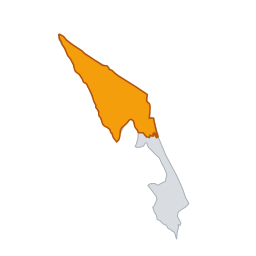 Israel, with HaDarom highlighted, rotated 140°
{"feature_id": "ISR-3053", "entity_name": "HaDarom", "entity_type": "District", "adm_level": 1, "iso_a3": "ISR", "parent_name": "Israel", "parent_adm1": "", "projection": "equal_earth", "projection_center": [34.85, 30.684], "detail": "fine", "context": "in_parent", "style": "filled", "palette": "amber", "viewbox_px": 256, "rotation_deg": 140, "n_neighbors": 0, "source": "natural_earth", "source_scale": "10m", "svg_char_len": 4183}
<svg xmlns="http://www.w3.org/2000/svg" viewBox="0 0 256 256"><g transform="rotate(140 128 128)"><path d="M162.2,11.5L161.1,14.6L160.1,16.2L159.7,18.8L160.4,20.8L160.8,23.6L161.6,24.4L161.9,26.2L161.2,28.0L161.5,29.5L162.4,30.8L163.1,36.4L164.4,39.1L162.3,43.1L162.0,46.4L160.0,51.4L157.6,51.7L152.2,54.5L151.5,55.3L150.5,56.9L150.3,58.1L149.6,71.3L146.6,71.0L143.0,68.1L142.3,65.6L141.2,64.7L138.6,64.4L133.7,63.1L128.1,67.5L125.7,74.7L125.2,78.1L123.2,85.1L123.9,89.5L124.3,95.1L124.8,99.7L124.2,102.5L123.2,104.0L123.5,105.0L124.5,105.4L127.6,104.2L130.9,105.4L134.0,107.8L134.3,109.4L132.0,110.3L126.8,113.9L123.0,118.1L122.1,122.0L119.6,130.3L119.9,132.0L121.1,133.0L129.7,132.1L137.5,128.7L143.4,125.2L145.2,125.4L144.0,134.5L143.1,140.1L143.5,141.1L144.8,145.9L142.3,154.8L139.5,162.1L138.5,165.5L135.8,173.2L133.0,182.1L131.5,188.2L131.9,190.4L131.2,201.6L131.6,204.8L128.3,214.6L127.7,219.5L126.3,226.0L124.1,239.9L121.0,244.5L119.4,239.4L115.9,224.5L113.4,214.4L110.0,201.9L104.2,186.7L103.7,183.1L102.5,177.8L98.5,164.0L95.3,154.1L91.6,141.4L96.2,136.4L96.3,132.3L104.1,122.6L104.1,121.7L102.0,119.1L102.3,118.7L110.9,100.8L116.5,83.0L121.7,58.5L125.4,46.0L128.6,37.7L130.0,30.9L135.0,30.4L138.8,31.1L143.3,31.4L146.9,28.8L148.6,21.1L150.7,19.9L151.7,21.7L152.8,19.7L157.5,16.3L159.8,14.1L162.2,11.5Z" fill="#d9dde1" stroke="#a8b0b8" stroke-width="1"/><path d="M91.8,141.2L92.5,140.5L94.8,138.6L96.4,136.6L96.5,135.6L96.1,133.6L96.1,132.6L97.1,130.5L102.1,125.0L102.8,124.5L104.3,123.0L105.5,121.8L103.9,120.7L102.2,119.2L102.5,118.2L103.6,116.6L107.6,108.9L107.9,108.5L110.4,102.1L110.6,102.0L110.9,101.9L111.0,101.8L111.4,101.9L111.8,102.0L112.0,102.1L112.3,102.1L112.4,102.4L112.4,102.6L112.2,102.8L112.1,103.0L112.2,103.4L112.2,103.5L112.1,103.8L112.1,104.3L112.1,104.5L111.9,104.6L111.7,104.6L111.3,104.5L111.1,104.4L110.9,104.5L110.7,104.7L110.7,104.8L110.7,105.0L110.8,105.1L110.8,105.3L111.0,105.4L111.3,105.6L111.5,105.9L111.5,106.0L111.4,106.1L111.3,106.3L111.2,106.4L110.9,106.5L110.7,106.7L110.7,106.8L110.6,107.0L111.8,107.6L112.0,107.7L112.6,107.2L112.8,107.1L113.0,107.0L113.1,106.9L113.0,106.7L112.9,106.6L112.9,106.4L112.7,106.2L113.4,105.8L113.5,105.8L113.6,105.6L114.0,105.7L114.7,106.2L114.8,106.3L115.0,106.6L115.1,106.9L115.4,107.9L115.5,108.1L115.7,108.4L116.1,108.2L117.6,106.9L118.8,108.6L119.2,109.0L119.3,109.0L119.5,109.1L119.6,109.3L119.6,109.7L119.5,109.8L119.5,110.0L119.4,110.1L119.4,110.3L119.5,110.4L119.6,111.0L119.7,111.3L119.7,111.5L119.5,111.9L119.5,112.0L119.6,113.0L119.5,113.3L119.5,113.5L119.6,113.8L119.6,114.4L119.6,114.7L120.0,115.1L123.1,117.7L123.1,117.8L122.4,119.3L122.2,120.9L122.2,122.6L122.0,124.5L120.0,128.3L119.3,130.3L119.8,132.3L120.8,133.1L122.0,133.3L123.2,133.1L124.3,132.7L127.0,132.3L132.6,132.3L135.2,131.2L140.0,126.6L142.6,124.9L145.6,124.6L145.5,128.1L145.5,128.7L145.4,130.0L144.6,132.4L143.7,134.1L144.1,134.5L144.0,135.8L143.4,137.1L142.8,138.5L143.1,140.1L143.5,141.7L144.0,142.8L144.6,144.3L145.0,145.9L144.8,147.6L142.7,152.4L142.4,154.1L142.4,156.0L141.9,157.0L140.7,158.4L140.2,159.0L139.6,160.3L139.5,161.7L139.5,163.0L139.4,164.3L139.1,164.9L138.3,165.7L138.0,166.1L137.7,166.8L137.6,167.5L137.4,169.0L137.0,170.4L134.4,176.5L132.5,183.8L132.3,185.2L131.5,187.7L131.5,189.1L131.7,189.7L132.4,190.9L132.5,191.8L132.4,192.6L132.2,193.2L131.9,193.8L131.6,194.6L131.2,197.7L130.9,198.7L130.8,200.4L131.8,204.1L131.8,205.9L131.0,207.9L129.1,211.3L128.6,213.6L128.6,214.3L128.4,214.9L128.2,215.3L128.0,215.8L127.7,217.9L127.7,221.5L127.5,222.7L125.4,229.2L125.1,230.7L124.8,234.1L124.4,235.6L123.8,236.7L123.5,238.0L123.3,239.6L123.1,240.4L122.8,241.0L122.0,242.1L121.7,242.7L121.5,243.2L121.4,243.6L121.3,243.8L120.9,243.8L120.5,243.7L120.2,243.8L119.8,242.9L118.8,240.4L118.5,239.0L118.6,234.9L117.4,228.7L115.7,223.1L113.7,216.9L113.4,213.6L113.4,213.3L113.4,212.9L113.3,212.5L113.2,212.2L111.5,206.5L108.8,197.7L107.4,192.8L106.9,191.9L104.4,189.4L104.1,188.9L104.0,188.2L104.1,187.1L104.5,185.4L104.5,184.6L104.1,183.8L103.4,182.7L103.1,181.7L103.0,179.2L102.1,174.5L99.3,166.2L97.1,159.3L95.4,154.1L94.0,149.1L92.2,142.9L91.8,141.2Z" fill="#f59e0b" stroke="#b45309" stroke-width="1.5"/></g></svg>